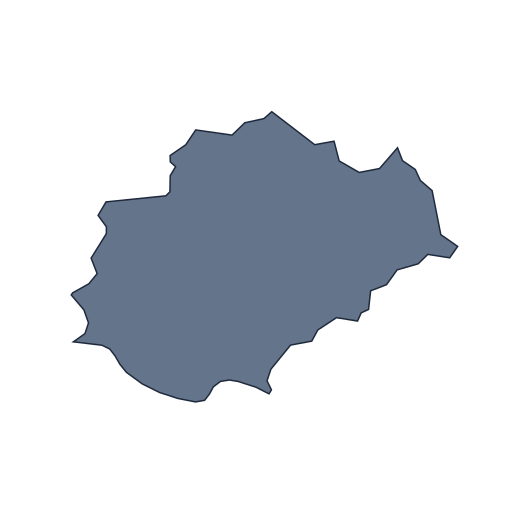 map outline of Armagh (Equal Earth projection), rotated 346°
{"feature_id": "GBR-2085", "entity_name": "Armagh", "entity_type": "District", "adm_level": 1, "iso_a3": "GBR", "parent_name": "United Kingdom", "parent_adm1": "", "projection": "equal_earth", "projection_center": [-6.648, 54.319], "detail": "fine", "context": "isolated", "style": "filled", "palette": "slate", "viewbox_px": 512, "rotation_deg": 346, "n_neighbors": 0, "source": "natural_earth", "source_scale": "10m", "svg_char_len": 1021}
<svg xmlns="http://www.w3.org/2000/svg" viewBox="0 0 512 512"><g transform="rotate(346 256 256)"><path d="M171.2,383.6L162.1,383.0L145.7,375.3L129.5,365.2L114.7,352.6L102.1,337.5L97.7,328.0L95.1,318.9L91.6,310.9L84.9,305.3L58.0,295.1L71.3,289.9L77.3,280.4L76.0,266.7L67.3,249.1L69.2,247.4L72.5,246.5L87.1,242.5L97.6,234.7L95.5,218.2L116.2,198.1L117.9,191.5L112.6,178.4L123.6,167.2L183.1,175.8L188.0,172.9L192.2,157.3L199.6,149.9L195.6,143.9L197.0,137.7L214.7,131.1L228.0,119.1L262.0,132.9L277.4,124.0L296.9,124.6L306.2,119.8L339.9,162.2L359.5,163.5L359.7,183.9L376.4,199.9L397.0,201.0L419.5,185.2L421.2,198.9L431.5,210.6L433.7,222.4L442.7,235.2L440.5,280.0L454.0,295.5L443.5,304.6L423.1,296.0L411.5,302.8L389.6,303.6L375.7,315.4L358.8,317.5L352.3,335.1L344.3,336.6L338.8,343.7L319.2,335.3L298.1,342.7L289.5,352.1L268.0,350.8L243.1,369.4L236.5,379.7L238.6,389.6L235.3,392.9L224.2,383.3L208.3,373.4L200.2,369.9L191.2,369.1L183.0,372.6L177.3,378.8L171.2,383.6Z" fill="#64748b" stroke="#1e293b" stroke-width="1.5"/></g></svg>